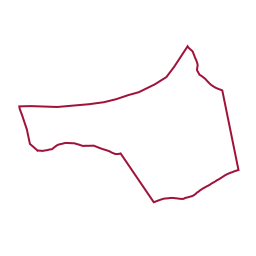 Corinth/La Bel Lair, Gros Islet, Saint Lucia, rotated 355°
{"feature_id": "8701671B91089309525348", "entity_name": "Corinth/La Bel Lair", "entity_type": "district", "adm_level": 2, "iso_a3": "LCA", "parent_name": "Saint Lucia", "parent_adm1": "Gros Islet", "projection": "orthographic", "projection_center": [-60.945, 14.045], "detail": "fine", "context": "isolated", "style": "outline", "palette": "rose", "viewbox_px": 256, "rotation_deg": 355, "n_neighbors": 0, "source": "geoboundaries", "source_scale": "gbopen_adm2", "svg_char_len": 1987}
<svg xmlns="http://www.w3.org/2000/svg" viewBox="0 0 256 256"><g transform="rotate(355 128 128)"><path d="M21.6,97.0L21.8,99.6L23.6,106.0L27.1,120.6L28.9,135.3L35.1,141.7L35.9,142.8L36.5,142.6L41.1,143.4L43.6,143.1L44.2,143.1L45.9,143.0L47.3,142.7L48.0,142.6L50.5,142.5L52.0,141.4L53.8,140.2L55.9,139.0L57.3,138.5L57.9,138.4L59.1,138.2L60.7,138.0L61.5,137.9L62.4,137.7L64.4,137.4L66.6,137.7L67.4,137.8L71.0,138.3L73.4,138.6L75.5,139.5L77.8,140.3L79.4,141.1L80.1,141.4L81.8,142.0L83.2,142.0L83.8,142.0L87.5,142.3L90.3,142.5L92.3,142.6L98.1,145.5L99.8,146.3L101.1,146.9L102.2,147.3L104.2,148.1L105.3,148.6L107.6,149.6L109.4,150.9L110.9,151.7L111.5,152.0L113.1,152.8L114.5,153.0L115.5,153.1L116.2,153.0L117.0,153.0L117.4,152.9L118.4,152.7L147.2,204.2L150.7,203.2L153.6,202.4L157.0,201.6L157.7,201.5L158.3,201.5L160.3,201.5L162.0,201.5L163.9,201.4L164.9,201.4L166.3,201.6L167.1,201.6L168.6,202.0L170.7,202.4L173.4,203.0L175.1,203.3L176.6,203.4L177.3,203.4L177.9,203.1L178.8,202.7L182.0,202.2L183.3,201.9L184.5,201.7L185.6,201.5L187.4,200.9L188.4,200.3L189.7,199.5L191.0,198.4L192.4,197.7L192.9,197.4L194.5,196.3L195.5,195.8L197.2,194.8L198.3,194.4L200.4,193.4L201.9,192.8L202.4,192.6L203.1,192.3L204.9,191.5L205.4,191.2L206.1,190.7L208.1,189.8L209.0,189.5L209.5,189.2L212.5,187.6L213.9,187.1L215.6,186.2L216.0,186.0L217.5,185.2L220.1,183.8L220.9,183.4L221.7,183.1L222.9,182.6L223.6,182.4L225.1,181.8L228.3,181.0L229.4,180.6L231.8,180.0L233.8,179.6L234.4,179.5L225.2,98.8L224.6,98.4L222.2,97.3L220.2,96.3L218.9,95.6L217.2,94.4L214.8,92.5L213.5,91.2L212.3,89.7L211.3,88.5L209.5,86.1L208.0,84.6L206.5,83.2L205.2,82.1L203.8,81.1L203.3,79.9L202.6,78.2L201.8,76.4L202.0,74.9L202.8,71.9L202.8,70.4L202.3,68.0L201.8,66.1L200.8,63.5L200.4,61.7L199.8,59.9L199.3,58.1L199.0,57.2L196.4,54.5L195.0,52.9L194.5,51.8L179.3,71.1L170.7,80.6L158.4,86.9L141.8,93.3L131.4,95.2L118.5,98.3L106.2,100.2L91.4,100.9L75.4,100.9L59.4,100.9L33.0,97.7L21.6,97.0Z" fill="none" stroke="#9f1239" stroke-width="2"/></g></svg>